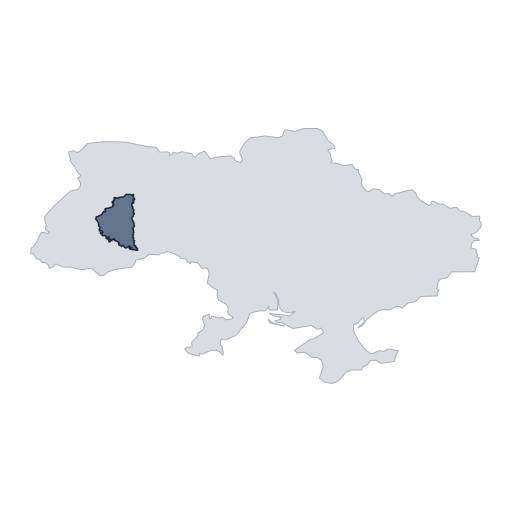 location of Ternopil' within Ukraine
{"feature_id": "UKR-292", "entity_name": "Ternopil'", "entity_type": "Region", "adm_level": 1, "iso_a3": "UKR", "parent_name": "Ukraine", "parent_adm1": "", "projection": "natural_earth1", "projection_center": [25.734, 49.388], "detail": "fine", "context": "in_parent", "style": "filled", "palette": "slate", "viewbox_px": 512, "rotation_deg": 0, "n_neighbors": 0, "source": "natural_earth", "source_scale": "10m", "svg_char_len": 9160}
<svg xmlns="http://www.w3.org/2000/svg" viewBox="0 0 512 512"><path d="M358.4,340.9L364.8,349.1L370.0,353.3L372.6,353.5L379.5,350.6L384.1,351.5L388.0,348.9L398.5,350.8L395.5,356.1L394.3,361.5L381.0,363.4L375.9,360.3L370.7,360.4L367.9,364.3L362.8,367.0L361.2,370.0L351.7,369.9L345.4,372.6L340.8,378.6L335.6,382.3L331.4,383.5L324.8,382.0L319.4,378.1L323.2,366.6L321.6,360.4L317.3,357.5L312.0,357.3L305.0,352.3L297.2,353.0L294.5,350.5L310.4,339.3L313.9,338.8L323.5,332.9L321.5,328.1L317.4,329.3L311.5,325.5L293.1,328.5L281.7,322.8L276.5,322.1L275.1,320.7L280.5,319.4L280.8,317.3L273.3,315.9L269.2,313.3L289.8,315.8L295.2,311.3L289.5,312.9L283.7,311.9L281.6,310.4L278.9,305.8L278.6,299.5L275.9,293.8L273.9,292.0L278.0,301.3L277.2,310.2L268.6,309.7L269.3,306.1L265.3,310.9L258.5,311.0L249.9,313.3L246.6,322.6L235.7,335.5L225.6,339.9L222.1,339.1L220.7,340.2L220.1,344.1L221.9,346.1L223.4,352.5L222.9,355.2L219.3,351.6L215.1,350.0L210.5,350.5L202.2,354.2L199.3,353.5L199.5,355.4L198.8,356.0L190.8,354.1L187.4,352.3L184.7,349.0L187.1,347.4L192.0,346.8L191.7,342.0L197.7,336.0L197.9,333.2L203.2,329.6L204.6,325.5L202.6,319.5L203.3,316.4L209.0,314.3L209.6,318.9L210.8,318.5L212.1,316.1L220.0,318.3L222.3,316.7L225.7,319.9L231.7,319.0L233.1,317.5L227.8,313.8L228.2,307.8L226.4,304.4L218.6,300.1L217.0,294.8L217.6,290.2L213.7,288.3L207.3,283.1L209.1,273.9L208.6,270.5L206.8,267.9L201.7,268.3L197.9,262.9L191.7,261.9L190.1,263.8L189.0,262.0L187.0,262.1L187.1,259.9L185.7,259.1L180.6,258.5L179.3,256.4L173.8,253.4L166.9,251.4L163.3,253.4L161.6,252.8L158.9,254.8L149.3,254.3L143.6,258.4L135.7,260.2L135.0,263.1L132.1,267.0L114.5,269.6L107.1,272.4L104.6,274.9L100.1,275.8L92.2,268.9L89.8,268.4L82.1,269.7L69.3,267.0L62.7,267.0L55.9,263.9L53.8,266.5L49.3,268.4L48.8,265.8L46.6,263.2L41.9,262.4L40.4,260.1L36.1,258.5L33.8,253.6L30.7,253.7L31.1,248.5L35.0,244.7L41.3,232.3L48.8,233.4L49.0,232.1L45.5,229.2L46.2,225.2L44.2,217.4L45.7,215.3L54.1,206.0L71.0,190.7L77.5,189.7L80.5,185.9L80.6,183.1L77.8,177.8L80.9,175.9L80.7,175.0L78.0,172.9L75.0,167.0L70.2,161.2L70.6,158.5L68.8,154.6L68.9,151.7L73.4,150.8L77.3,152.5L81.7,149.9L87.5,143.5L104.9,141.6L126.0,142.1L146.9,146.6L156.0,147.2L159.9,152.1L167.4,151.9L169.6,152.9L169.9,155.8L173.7,152.2L177.5,153.3L181.8,151.7L192.0,153.8L193.3,156.5L195.4,157.3L198.2,153.9L204.4,151.1L210.6,158.9L215.7,157.2L230.6,155.8L234.4,158.3L235.0,160.7L240.3,162.6L242.4,159.7L239.7,152.1L240.9,149.2L245.0,142.7L250.4,137.9L265.0,136.0L278.5,137.8L282.4,135.8L284.2,130.8L286.0,129.7L295.1,131.4L303.4,128.6L317.8,128.5L322.6,131.4L327.6,140.0L334.9,146.3L334.5,148.3L328.2,149.5L328.1,150.6L330.3,153.4L331.3,159.5L332.4,160.2L331.0,162.9L337.9,163.5L343.5,165.5L352.1,164.5L354.7,169.0L358.5,169.6L358.7,172.6L362.1,179.6L361.1,183.3L361.7,185.6L366.4,191.0L368.5,191.7L373.7,188.8L379.4,189.7L384.3,193.8L389.1,193.8L392.2,196.1L395.6,193.5L411.9,189.7L416.0,193.5L416.7,195.9L419.4,199.3L428.3,205.3L430.7,204.7L431.3,201.9L433.3,201.1L438.3,203.9L443.2,204.2L450.2,208.3L456.5,207.3L459.9,211.0L464.0,211.4L472.2,216.4L479.7,216.2L479.4,220.9L481.3,222.9L481.1,226.6L476.0,232.6L471.0,234.4L472.9,237.4L478.9,239.4L479.3,240.4L474.1,240.8L472.0,243.0L470.8,247.7L475.7,249.3L477.4,255.1L476.5,257.0L479.3,258.1L474.6,271.7L451.5,271.9L447.3,277.4L440.5,279.2L438.5,280.9L436.8,288.6L438.9,290.0L437.0,293.2L437.5,295.9L420.5,296.5L415.6,301.6L408.3,302.9L402.1,308.1L399.3,306.5L396.1,306.5L389.1,309.9L382.6,309.6L377.7,311.0L367.2,318.9L362.4,325.7L357.7,327.8L364.2,322.2L364.4,319.2L362.8,316.9L358.7,322.5L353.4,325.0L353.8,331.6L358.4,340.9ZM284.7,326.2L269.7,322.9L268.2,319.1L271.6,322.4L284.7,326.2Z" fill="#d9dde1" stroke="#a8b0b8" stroke-width="1"/><path d="M129.6,194.3L130.0,194.4L131.6,195.0L131.8,195.1L132.1,195.0L132.8,194.8L133.2,194.4L133.3,194.4L133.5,194.4L133.6,194.6L133.7,194.8L133.5,195.2L133.3,195.4L133.1,195.6L133.0,195.8L133.0,196.1L133.0,196.4L133.3,196.6L133.7,196.9L133.7,197.9L133.2,198.1L133.3,198.4L134.1,198.6L134.4,198.7L134.6,198.9L134.7,199.1L134.7,199.3L134.6,199.5L134.4,199.7L134.1,199.8L133.2,199.9L133.1,200.0L133.1,200.3L133.3,200.4L133.6,200.6L133.7,200.9L133.6,201.2L133.5,201.5L132.9,201.7L132.8,201.9L132.8,202.0L133.1,202.2L133.6,202.3L133.8,202.5L133.8,202.8L133.7,202.9L133.6,203.0L132.2,203.4L131.9,203.6L131.7,203.9L131.7,204.1L131.9,204.6L132.1,205.1L132.0,205.4L131.8,205.8L131.9,206.1L132.0,206.4L132.1,206.5L132.6,206.7L132.8,207.0L132.8,207.4L132.7,207.7L132.6,208.1L132.6,208.4L132.7,208.7L132.9,208.9L133.5,209.3L133.6,209.5L133.8,209.8L133.8,210.3L133.8,210.9L133.7,211.2L133.6,211.4L133.3,211.7L133.1,212.0L133.1,212.4L133.2,212.7L133.4,212.9L134.1,213.4L134.3,213.5L134.3,213.8L134.2,214.1L134.1,214.3L133.6,214.7L133.5,215.0L133.3,216.0L133.2,216.5L132.3,217.0L132.2,217.1L131.7,218.0L131.7,218.3L131.9,218.9L132.3,219.7L132.5,220.2L132.8,221.1L132.8,221.3L133.6,221.8L133.7,222.0L133.7,222.8L134.0,223.6L133.9,223.7L133.8,224.1L133.8,224.4L134.0,224.8L134.4,225.3L134.4,225.5L134.4,225.8L134.2,226.0L134.2,226.7L134.1,226.8L133.7,227.1L133.3,227.2L133.2,227.4L133.1,227.7L133.1,228.3L132.9,228.7L132.9,228.9L133.0,229.1L133.1,229.3L133.5,229.8L133.3,230.4L133.3,230.9L133.3,231.2L133.8,232.0L133.8,232.3L133.6,232.7L133.3,233.0L133.0,233.3L133.0,233.7L133.5,234.6L133.4,234.9L133.1,235.0L133.1,235.6L133.1,235.8L132.8,235.9L132.7,236.0L132.9,236.4L133.1,236.7L133.0,237.2L132.8,237.6L132.8,237.8L133.0,237.9L133.4,237.8L133.5,237.8L133.5,238.5L133.4,239.6L133.4,239.9L133.9,240.4L134.5,240.6L134.6,240.8L134.4,241.0L134.0,241.0L134.0,241.4L133.7,241.7L133.7,241.9L133.8,242.0L134.1,242.3L134.3,242.6L134.1,243.1L134.1,244.0L134.0,244.5L133.9,244.7L134.0,244.9L134.1,245.1L134.4,245.3L134.6,245.4L135.1,245.5L135.1,245.9L135.1,246.0L135.4,246.3L135.5,246.3L135.6,246.2L135.8,246.1L135.9,246.5L135.7,247.0L135.7,247.3L136.1,247.5L136.7,247.9L137.3,248.3L136.9,248.6L137.2,249.4L137.6,250.1L136.9,250.3L136.2,250.3L135.4,250.0L134.8,249.7L134.5,249.6L134.0,249.6L132.5,249.8L131.8,249.4L131.6,248.5L131.7,247.6L131.3,247.2L130.6,247.1L130.6,247.3L130.6,247.7L130.7,248.1L130.9,248.4L131.3,248.9L130.9,249.3L130.5,249.4L130.0,249.2L129.6,248.8L129.3,248.4L129.3,248.0L129.5,247.0L129.6,246.6L129.5,246.1L129.2,245.9L128.8,246.1L128.7,246.3L128.6,246.8L128.5,247.0L128.3,247.0L127.6,246.7L127.3,246.9L127.0,247.6L126.6,247.8L126.2,247.9L125.8,247.8L124.6,247.4L124.6,247.1L124.5,246.9L123.9,246.3L123.5,246.0L123.2,245.5L122.8,245.2L122.1,245.6L122.0,245.9L121.9,246.2L121.8,246.4L121.5,246.5L121.2,246.3L121.0,245.6L120.8,245.4L119.7,245.3L119.2,245.2L118.9,245.0L118.9,244.8L119.0,244.6L119.1,244.3L119.0,244.0L118.6,243.7L118.7,243.3L118.8,243.1L119.0,242.8L118.7,242.3L117.8,241.9L117.1,241.3L116.7,241.1L116.0,241.0L115.6,240.9L115.0,240.6L114.5,240.2L114.2,239.9L114.4,239.7L114.5,239.5L114.7,239.1L114.1,238.9L113.7,238.9L113.7,239.1L113.8,239.3L113.7,239.5L113.3,239.6L112.3,239.3L111.8,239.3L111.7,239.5L111.8,240.2L111.8,240.6L111.7,240.6L111.1,240.6L109.9,241.7L109.2,241.9L108.9,241.0L109.2,240.5L110.6,240.2L111.1,239.7L109.8,239.2L109.2,239.2L108.6,239.7L108.5,239.1L108.6,238.3L108.8,237.5L109.1,237.1L109.1,236.9L108.7,236.8L108.4,236.9L107.9,237.3L107.5,237.7L107.3,238.8L107.1,239.0L106.7,238.7L106.1,237.9L106.0,237.6L106.0,237.3L106.2,236.8L106.1,236.4L105.9,236.2L104.6,235.5L104.2,235.5L103.2,235.7L102.7,235.6L102.4,235.4L102.0,234.9L101.9,234.6L101.8,234.2L101.7,234.0L101.5,233.9L100.6,233.6L100.4,233.4L100.3,233.2L100.3,232.9L100.5,232.7L100.8,232.7L101.1,232.8L101.8,233.1L102.1,233.1L102.4,233.1L102.6,233.0L102.7,232.8L102.7,232.6L102.6,232.2L102.5,231.8L102.5,231.5L102.3,231.3L102.1,231.0L101.3,230.9L100.9,230.7L100.6,230.7L99.9,231.1L99.7,231.1L99.4,230.8L99.4,230.6L99.4,229.8L99.2,229.3L99.2,229.1L99.3,228.9L99.8,228.5L100.0,228.2L100.0,227.8L99.9,227.3L99.8,227.0L99.6,226.7L99.1,226.5L98.9,226.3L98.7,225.2L98.5,224.6L98.6,224.4L98.8,223.9L98.5,223.3L98.1,222.2L97.7,221.6L95.6,218.9L96.0,218.4L96.1,218.0L96.2,216.9L96.3,216.8L96.5,216.7L96.9,216.7L97.4,216.7L101.7,214.6L101.8,214.5L102.5,213.4L102.8,212.8L103.4,211.9L103.5,211.7L103.8,211.7L104.0,211.9L104.1,212.0L104.7,211.9L105.4,211.6L105.5,211.5L105.6,211.4L105.7,211.0L105.7,210.9L105.6,210.7L105.1,210.2L104.9,209.8L105.0,209.5L105.1,208.9L105.2,208.7L105.3,208.6L105.5,208.6L106.6,208.4L107.2,208.3L109.1,208.0L110.0,207.6L110.7,207.4L111.2,207.1L112.0,207.0L112.4,206.8L112.7,206.6L112.9,206.4L112.9,206.1L112.8,205.9L112.7,205.6L112.7,205.3L112.8,205.1L112.9,204.9L113.1,204.9L113.7,204.8L113.8,204.7L113.7,204.2L113.4,203.9L113.2,203.5L112.6,203.1L112.3,202.9L112.2,202.5L112.2,201.8L112.3,201.7L112.5,201.6L112.8,201.6L113.2,201.9L113.3,201.9L113.4,201.6L113.4,201.1L113.3,200.8L113.4,200.5L113.5,200.5L114.2,200.1L114.5,199.8L114.7,199.4L114.6,199.2L114.2,198.8L114.0,198.5L114.1,198.3L114.2,197.8L114.3,197.6L114.5,197.5L114.8,197.5L115.4,197.7L116.0,197.9L116.6,198.0L117.0,198.3L117.5,198.1L118.0,197.7L118.3,197.6L118.6,197.9L118.7,198.0L118.9,197.9L119.1,197.8L119.6,197.4L119.9,197.3L120.3,197.2L123.2,197.0L123.7,196.8L126.0,194.7L126.6,194.3L127.2,194.4L127.9,194.6L128.5,194.7L129.1,194.4L129.6,194.3Z" fill="#64748b" stroke="#1e293b" stroke-width="1.5"/></svg>